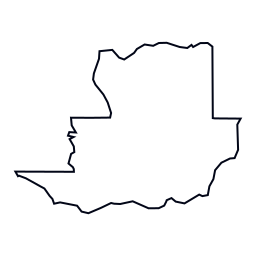 outline of Solano, California, United States of America
{"feature_id": "52423323B43221954300759", "entity_name": "Solano", "entity_type": "district", "adm_level": 2, "iso_a3": "USA", "parent_name": "United States of America", "parent_adm1": "California", "projection": "robinson", "projection_center": [-122.002, 38.285], "detail": "fine", "context": "isolated", "style": "outline", "palette": "ink", "viewbox_px": 256, "rotation_deg": 0, "n_neighbors": 0, "source": "geoboundaries", "source_scale": "gbopen_adm2", "svg_char_len": 1054}
<svg xmlns="http://www.w3.org/2000/svg" viewBox="0 0 256 256"><path d="M99.5,51.2L99.0,58.8L93.9,73.4L93.1,79.6L95.4,84.6L103.4,94.5L107.7,102.5L111.1,113.0L110.1,117.6L91.0,117.8L71.0,117.7L71.7,125.4L75.9,132.5L69.3,132.1L68.0,135.7L73.6,137.0L69.6,139.1L73.8,146.4L74.3,152.1L71.1,153.9L68.5,163.5L72.9,167.2L73.8,169.1L73.9,171.8L15.4,171.6L18.0,176.2L19.0,175.7L25.9,178.3L40.1,186.2L44.4,188.5L49.7,196.0L52.4,198.9L54.1,203.7L60.1,202.4L77.1,205.7L81.6,211.6L88.4,213.2L100.4,208.1L101.5,207.6L111.1,203.0L114.1,203.7L120.2,204.0L132.7,201.3L148.6,208.3L158.7,208.2L164.2,205.6L166.2,201.7L166.7,200.2L171.5,198.1L175.7,201.6L184.5,203.4L199.2,194.6L202.4,196.1L207.8,195.1L209.4,186.3L213.4,179.1L215.1,170.2L221.4,162.7L230.0,158.5L234.6,158.1L238.1,149.8L237.3,124.6L240.6,118.6L214.8,118.4L212.8,118.1L212.4,46.6L207.7,43.0L200.3,43.1L193.1,47.0L191.5,44.9L187.3,48.0L179.7,47.0L166.7,42.8L158.9,43.0L153.2,45.8L144.6,44.5L136.9,49.0L134.1,52.9L124.2,59.5L119.1,57.6L112.3,49.9L99.5,51.2Z" fill="none" stroke="#020617" stroke-width="2"/></svg>